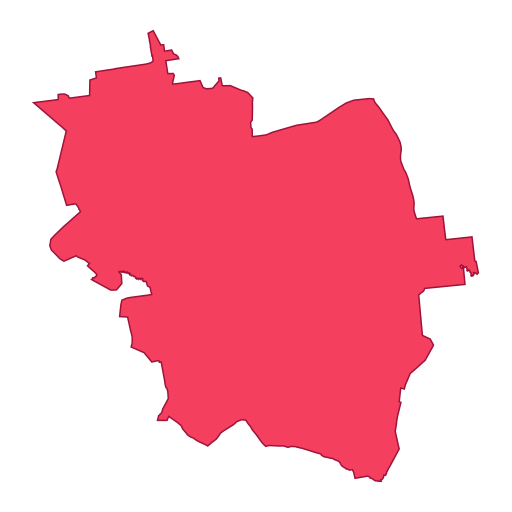 Balgales pag., Talsi, Latvia (Mercator projection)
{"feature_id": "27541924B95620316130536", "entity_name": "Balgales pag.", "entity_type": "district", "adm_level": 2, "iso_a3": "LVA", "parent_name": "Latvia", "parent_adm1": "Talsi", "projection": "mercator", "projection_center": [22.867, 57.183], "detail": "fine", "context": "isolated", "style": "filled", "palette": "rose", "viewbox_px": 512, "rotation_deg": 0, "n_neighbors": 0, "source": "geoboundaries", "source_scale": "gbopen_adm2", "svg_char_len": 5906}
<svg xmlns="http://www.w3.org/2000/svg" viewBox="0 0 512 512"><path d="M121.9,300.2L120.9,304.8L119.6,316.6L127.6,317.0L130.5,330.2L132.2,336.9L132.2,342.9L131.1,347.0L144.1,352.7L151.8,362.0L156.5,360.9L158.8,360.7L159.4,362.3L161.2,362.1L164.5,379.9L165.3,385.2L166.0,387.6L166.8,388.1L167.8,391.6L168.3,398.6L162.8,408.8L161.7,412.7L158.6,415.8L157.5,420.4L167.0,420.4L168.7,416.4L177.2,422.3L181.2,425.7L182.6,428.8L184.6,431.3L186.1,432.9L187.5,434.9L190.6,437.0L193.2,438.0L196.5,440.3L199.8,442.1L206.6,445.2L207.7,446.0L211.7,442.6L216.0,439.3L217.5,437.6L219.5,434.7L220.3,433.3L223.5,430.9L233.4,424.7L237.0,421.5L241.7,419.7L245.9,420.2L246.8,421.7L248.5,424.2L250.6,426.7L252.2,429.7L256.3,434.7L261.1,441.4L262.8,443.6L265.7,446.3L269.4,445.5L279.2,446.0L283.7,445.9L283.8,446.0L287.9,447.3L291.8,446.3L292.9,446.6L295.5,446.6L297.2,447.2L302.1,448.3L317.2,453.0L320.7,453.9L321.4,455.1L323.8,456.7L329.4,457.8L330.2,458.2L332.4,458.4L335.2,459.9L338.6,461.2L340.1,462.9L341.3,465.2L342.7,466.6L344.2,467.4L346.6,469.1L347.2,468.9L349.3,470.1L352.4,469.7L353.7,472.3L354.7,476.9L355.1,478.3L367.7,476.1L369.7,477.1L370.4,477.9L370.3,478.0L371.7,478.4L375.3,480.8L376.4,480.7L377.9,481.2L381.2,481.3L380.7,480.0L382.0,479.5L382.6,478.8L383.4,477.5L383.8,475.8L383.8,475.1L384.0,475.0L384.8,475.3L385.1,475.3L385.2,475.0L385.6,475.0L385.9,474.8L386.4,473.5L386.4,472.9L386.8,472.0L386.8,471.5L387.2,471.2L388.7,468.2L390.4,465.3L399.2,448.9L398.0,444.0L396.4,436.5L395.2,431.4L396.5,423.5L396.5,422.8L396.8,420.4L397.5,416.4L400.9,402.4L399.2,401.8L400.7,388.1L404.3,389.0L405.4,384.8L410.2,373.5L415.9,368.6L423.4,361.8L425.0,360.5L432.4,347.3L433.5,345.0L430.2,339.0L422.4,335.4L418.7,295.0L421.1,292.9L423.7,291.0L423.9,290.4L424.7,288.4L465.0,284.4L463.5,268.6L461.9,268.5L460.0,266.5L460.0,266.2L460.5,266.1L460.6,265.6L461.2,265.3L461.2,265.0L461.5,264.9L462.2,265.6L462.8,265.8L462.4,266.3L462.7,266.7L462.9,266.8L463.3,266.5L463.6,266.7L463.5,267.0L462.8,267.2L462.7,267.4L463.7,268.0L465.2,267.2L465.6,267.2L465.9,266.8L466.2,266.7L466.5,267.0L466.8,268.3L467.1,268.9L467.2,269.6L466.9,270.1L466.9,270.5L467.3,270.9L467.8,271.0L468.1,270.3L468.3,270.3L468.4,270.0L469.0,269.9L469.4,270.2L469.5,270.8L469.8,271.1L470.0,271.6L469.9,272.0L471.0,273.0L471.0,274.1L471.2,274.7L471.5,274.6L471.8,274.6L471.9,275.1L471.7,275.4L471.1,275.6L471.3,276.1L471.8,276.1L473.3,275.6L474.1,273.8L474.0,273.4L474.1,273.2L473.8,272.8L473.7,272.6L475.1,272.5L475.8,273.1L476.2,273.7L477.1,274.2L477.3,273.5L478.4,272.9L476.1,261.4L474.8,260.9L472.0,236.9L445.8,239.7L444.2,226.9L443.0,216.1L416.5,218.8L414.7,213.3L414.0,210.7L413.8,209.4L414.1,202.5L413.5,198.8L412.8,195.6L410.6,188.9L409.5,184.8L408.3,179.1L405.9,172.8L403.8,169.1L401.1,162.1L400.6,160.2L400.5,157.7L400.6,154.4L401.2,150.1L401.2,149.3L401.1,147.0L400.2,142.6L398.1,137.9L396.3,134.4L393.6,130.9L391.5,127.0L387.9,119.9L382.8,112.9L379.2,107.6L375.6,103.3L374.7,101.9L374.1,100.5L373.6,98.9L369.1,98.6L353.8,100.2L346.2,103.0L339.1,107.3L320.7,119.8L316.8,122.1L296.4,125.3L272.6,132.2L266.2,134.9L258.2,136.0L252.3,136.6L252.2,129.2L251.0,127.6L250.6,122.4L252.2,120.1L252.5,109.4L252.4,101.2L252.6,101.0L252.6,98.0L252.8,97.9L247.7,92.5L243.3,90.7L241.3,90.3L230.3,85.6L222.3,85.8L220.7,77.9L218.7,78.2L219.1,80.7L212.6,88.3L206.6,88.8L203.1,87.6L200.0,80.6L172.8,84.2L172.5,83.5L174.3,75.3L173.2,73.5L167.8,73.6L166.6,65.8L165.8,60.7L178.8,58.7L177.8,56.5L176.1,54.9L173.6,53.9L171.6,50.0L164.6,51.2L164.4,50.3L163.7,44.8L160.7,44.9L153.2,30.7L148.1,33.3L149.4,39.4L149.4,40.1L149.6,41.4L150.4,44.8L150.3,46.3L152.0,56.1L152.5,56.0L153.1,60.8L153.1,61.1L150.8,62.8L146.0,64.1L125.5,67.1L115.1,68.7L115.1,68.9L95.6,71.8L96.4,78.0L89.9,80.0L89.6,94.8L89.7,95.5L71.4,97.9L69.2,98.1L68.9,97.5L68.8,97.0L68.3,95.8L64.8,94.1L61.2,94.1L58.2,94.5L58.2,98.8L58.0,99.6L33.6,102.7L57.8,123.5L63.4,128.2L63.3,128.3L66.4,131.0L65.9,131.9L66.0,132.1L57.1,169.0L56.1,171.7L58.0,177.8L61.0,186.8L66.6,205.3L75.2,203.9L75.9,204.0L78.1,207.0L78.8,208.3L79.0,209.3L79.5,209.9L80.5,211.7L72.2,219.0L71.8,219.4L63.7,226.5L55.0,234.9L50.9,239.2L49.8,245.6L49.9,246.0L51.4,250.0L60.0,258.8L63.9,261.2L76.4,255.7L77.2,256.6L77.9,257.1L83.8,259.5L85.5,260.4L88.3,262.7L89.5,263.4L87.5,265.8L91.5,269.5L94.9,272.4L96.5,274.2L96.8,274.3L96.7,274.9L96.8,275.2L96.7,275.4L96.2,276.0L95.8,276.3L96.0,276.6L95.8,276.7L95.6,276.6L95.2,276.9L94.6,277.6L94.4,277.5L94.1,277.7L92.9,277.7L92.8,277.8L93.1,278.0L92.7,278.3L92.5,278.7L92.5,278.9L92.2,279.1L92.3,279.5L92.2,279.6L91.8,279.6L92.1,279.9L110.8,290.1L114.9,290.0L116.6,289.8L121.8,283.6L121.3,274.7L118.9,271.9L119.1,271.6L119.4,271.8L119.8,271.5L120.6,271.6L121.2,271.5L121.4,272.1L122.0,272.0L121.8,271.6L122.2,271.6L122.4,272.1L123.0,272.3L123.3,272.1L123.0,271.8L123.4,271.5L123.2,271.1L123.7,271.0L123.9,271.3L123.8,271.5L124.0,272.2L124.8,272.6L125.2,272.5L125.1,272.2L125.3,272.1L125.6,272.5L126.3,273.0L126.6,272.6L126.7,272.2L126.8,272.0L127.1,271.9L127.3,272.3L127.1,272.5L128.0,273.1L128.0,273.4L128.3,273.6L128.7,273.6L129.0,272.9L129.6,273.1L129.7,273.4L130.0,273.5L129.8,274.4L130.0,274.4L129.9,274.8L130.0,275.0L130.6,274.9L131.4,275.3L131.7,275.3L132.1,275.5L131.9,275.8L132.2,275.8L132.6,275.6L133.0,275.5L133.5,275.8L134.0,276.2L133.9,276.6L134.0,276.7L134.4,276.6L135.0,276.7L135.7,277.3L135.7,277.6L136.1,277.9L135.8,278.2L136.3,278.4L136.4,278.7L136.7,278.6L136.7,278.8L136.9,279.0L137.3,278.4L137.7,278.4L137.5,278.7L137.8,278.9L138.8,278.4L139.1,278.5L139.1,278.9L139.4,278.6L139.7,279.0L140.3,278.8L140.5,279.1L140.6,278.9L140.5,278.7L140.9,278.4L141.1,278.7L141.4,278.8L141.8,279.1L141.9,278.9L141.8,278.5L142.2,278.5L142.7,278.7L142.5,278.9L142.6,280.3L142.5,280.6L142.9,280.7L143.4,281.3L143.7,281.2L144.1,281.6L144.6,281.4L146.1,281.4L147.5,286.0L150.0,287.3L151.7,294.5L147.4,295.2L130.0,297.5L126.6,298.2L121.9,300.2Z" fill="#f43f5e" stroke="#9f1239" stroke-width="1.5"/></svg>